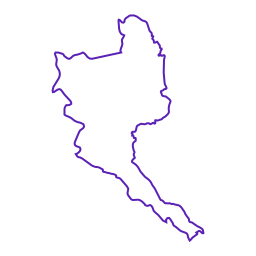 map outline of Niari (Albers equal-area conic projection)
{"feature_id": "COG-3345", "entity_name": "Niari", "entity_type": "Region", "adm_level": 1, "iso_a3": "COG", "parent_name": "Republic of the Congo", "parent_adm1": "", "projection": "albers", "projection_center": [12.665, -3.355], "detail": "fine", "context": "isolated", "style": "outline", "palette": "violet", "viewbox_px": 256, "rotation_deg": 0, "n_neighbors": 0, "source": "natural_earth", "source_scale": "10m", "svg_char_len": 5413}
<svg xmlns="http://www.w3.org/2000/svg" viewBox="0 0 256 256"><path d="M189.7,240.6L188.1,237.4L187.6,234.9L187.2,234.0L186.5,233.3L185.4,232.7L181.0,231.1L179.7,230.2L176.2,227.2L174.3,226.0L173.5,225.2L172.6,222.8L171.3,220.9L170.7,219.8L169.1,217.9L167.4,218.1L166.1,219.7L166.3,222.2L162.9,220.5L158.1,214.8L155.2,212.4L153.7,210.8L152.4,207.3L151.4,205.8L150.2,205.1L149.3,205.2L148.5,205.6L147.3,205.9L146.3,205.6L145.0,204.9L144.7,204.1L142.7,202.1L141.3,201.0L140.5,200.5L139.4,200.0L138.6,199.8L138.0,199.7L133.3,200.0L132.7,199.9L132.1,199.8L131.5,199.5L130.9,199.0L128.3,195.5L127.7,194.3L127.6,193.7L127.5,193.1L127.6,192.6L128.2,189.1L128.2,188.6L128.0,188.1L127.5,187.4L126.8,186.2L120.7,179.1L120.1,178.6L119.3,178.1L116.8,177.5L116.3,177.2L116.1,176.8L116.1,176.3L116.2,175.8L116.2,175.6L116.1,175.4L115.7,175.1L114.9,174.6L113.3,174.1L112.4,173.9L111.0,173.7L109.2,173.1L107.3,172.8L105.1,172.1L103.5,171.8L103.1,171.6L102.9,171.2L102.9,170.8L102.9,169.9L102.8,169.6L102.4,169.2L101.2,168.7L99.9,167.8L97.7,167.1L95.3,166.9L94.6,166.7L92.0,165.6L82.2,158.5L80.0,157.4L78.5,157.2L77.8,156.8L77.3,156.4L75.8,154.1L77.1,153.6L78.7,152.4L80.0,150.9L80.5,149.2L80.0,147.7L78.6,146.9L76.9,146.4L75.3,145.5L74.6,143.9L74.8,142.2L79.0,132.3L80.0,130.5L83.2,128.1L84.1,126.6L83.4,124.2L80.5,122.8L77.0,121.9L74.4,120.6L71.4,118.2L69.9,117.3L65.7,115.5L65.1,115.1L64.5,114.5L64.4,114.2L64.5,113.8L64.5,108.7L64.9,107.4L65.9,105.5L66.6,105.1L67.7,105.2L69.3,105.0L71.2,103.9L71.2,102.3L70.1,100.6L64.5,94.6L61.9,91.0L60.7,89.6L59.3,89.1L57.2,89.8L54.2,91.9L52.9,92.1L52.6,90.3L53.3,87.5L53.4,87.0L58.8,78.2L59.5,76.4L59.8,74.8L59.8,73.3L59.4,71.4L58.7,69.8L56.9,66.8L56.3,65.3L56.2,64.0L56.8,59.9L56.5,58.3L54.9,54.0L55.5,52.5L58.4,52.6L62.1,53.7L63.1,54.2L63.6,54.8L63.9,55.4L64.4,56.1L66.9,58.0L68.3,58.7L69.5,58.8L70.7,58.1L73.2,55.8L74.8,55.1L77.5,54.6L80.6,53.6L82.9,52.5L83.6,52.9L85.0,53.9L87.5,57.0L89.7,58.5L92.0,58.8L121.2,52.5L120.4,50.9L120.9,48.5L121.9,46.0L122.4,43.9L121.9,40.8L122.0,39.7L122.5,38.6L123.8,36.5L124.2,35.3L121.3,34.0L119.8,31.6L119.1,28.6L118.5,20.7L118.8,19.7L119.6,19.9L120.5,20.8L121.9,22.3L123.2,22.7L124.1,22.2L124.5,21.4L124.5,20.6L124.6,20.0L125.1,19.1L125.5,18.6L125.9,18.2L129.5,15.7L130.3,15.5L133.9,15.4L137.1,16.7L141.9,20.2L142.2,20.4L145.4,21.4L146.6,22.3L147.4,24.1L149.1,29.4L149.7,31.0L150.1,31.5L151.3,32.6L151.6,33.1L151.9,34.8L151.8,35.1L151.7,35.6L151.9,36.0L153.2,36.3L153.2,36.7L152.9,37.2L152.8,37.6L152.5,38.1L152.3,38.6L152.5,39.1L153.5,40.0L153.8,40.5L153.8,41.3L154.1,42.6L155.2,42.6L157.0,41.7L157.6,42.3L159.0,44.5L159.7,45.4L160.0,47.4L160.2,48.0L160.8,48.5L161.2,48.5L161.6,48.6L161.7,49.4L161.1,50.1L160.7,50.7L160.6,51.4L160.5,52.0L160.3,52.7L160.0,53.3L159.7,53.8L158.8,54.5L158.5,55.2L158.7,55.6L159.7,55.6L160.5,54.7L161.0,55.3L161.5,55.7L161.9,55.8L162.4,55.7L163.0,55.4L163.5,55.2L164.0,55.2L164.5,55.5L164.7,56.0L164.7,56.7L164.0,60.0L163.7,72.6L164.6,83.0L164.9,84.3L166.5,87.7L166.5,88.3L166.3,88.7L165.7,89.0L164.5,89.1L164.0,89.4L163.0,90.3L162.4,90.6L161.4,91.0L161.0,91.2L160.9,91.5L160.9,92.2L161.0,92.6L161.6,93.5L161.8,94.6L162.0,95.2L162.3,95.6L162.8,95.9L164.4,96.3L165.5,96.4L166.0,96.6L169.4,99.3L169.8,99.9L170.2,100.4L170.5,101.0L170.4,101.6L170.4,102.0L169.4,104.4L168.7,107.8L168.9,112.1L168.6,112.9L168.0,113.9L165.4,116.5L163.4,117.6L162.7,118.1L162.0,119.0L160.8,119.6L160.3,119.6L159.8,119.8L158.1,120.4L157.6,120.5L157.0,120.5L156.0,120.2L155.6,120.2L155.3,120.3L155.2,120.8L155.3,122.8L155.2,123.2L154.9,123.5L154.4,123.6L154.1,123.4L153.6,122.9L153.1,122.8L152.5,123.1L151.5,123.7L150.9,124.0L150.4,124.1L150.0,124.0L149.1,123.4L148.7,123.3L148.3,123.2L147.8,123.3L147.1,123.4L146.9,123.4L145.6,124.0L145.2,124.1L144.8,124.2L144.3,124.2L142.1,123.9L141.2,123.9L140.7,123.9L140.3,124.1L139.9,124.3L138.8,125.0L137.8,125.4L137.5,125.6L137.3,125.8L137.0,126.1L136.8,126.4L136.7,126.7L136.0,129.9L135.5,131.2L135.3,131.4L135.1,131.6L134.8,131.7L134.5,131.8L133.0,131.8L132.8,131.8L132.4,132.0L132.1,132.2L131.9,132.5L131.7,133.2L132.6,134.1L132.2,135.1L132.2,135.6L132.9,135.6L133.4,135.9L133.6,136.5L133.7,137.3L134.0,138.0L134.7,138.0L135.4,138.0L135.7,138.3L135.7,140.7L133.8,142.3L133.2,143.2L133.0,143.7L132.9,144.3L132.8,145.1L132.8,146.4L133.6,150.1L134.5,152.1L134.4,152.7L133.8,153.9L133.8,155.1L134.0,155.7L134.8,157.7L134.6,158.2L134.2,158.5L133.7,158.7L133.2,159.1L132.8,159.7L132.3,160.4L131.9,161.4L132.1,162.0L132.5,162.4L134.7,163.8L135.8,164.7L136.4,165.2L138.1,167.3L140.7,171.9L144.6,176.4L145.1,176.9L148.4,179.4L150.0,181.0L150.9,182.3L152.3,185.0L154.9,188.7L160.1,199.0L160.8,200.0L161.2,200.1L161.6,200.2L162.2,200.5L163.0,201.0L164.2,202.4L164.9,203.0L165.6,203.3L166.8,203.2L168.0,203.4L168.5,203.4L169.1,203.3L169.7,203.2L170.2,203.4L170.7,203.7L171.2,203.9L171.8,204.0L172.8,203.9L173.4,203.9L174.5,204.4L175.0,204.6L175.6,204.6L176.2,204.7L177.3,205.1L178.5,205.2L179.6,205.8L181.2,207.2L184.3,211.6L184.9,212.9L185.3,214.0L186.0,214.9L186.8,216.2L187.6,217.2L188.3,218.0L188.7,218.6L188.9,219.2L189.0,220.4L189.3,221.3L189.7,221.8L190.2,222.1L191.4,222.3L192.0,222.5L197.3,226.2L200.2,227.6L201.4,228.4L202.2,229.0L202.6,229.6L202.9,230.1L203.0,230.7L203.4,232.8L203.4,233.1L202.8,233.3L201.9,232.9L200.4,231.4L199.5,231.0L198.7,231.1L196.3,232.5L197.0,233.2L197.3,233.8L197.1,234.3L196.3,234.8L192.5,237.6L190.5,240.0L189.7,240.6Z" fill="none" stroke="#5b21b6" stroke-width="2"/></svg>